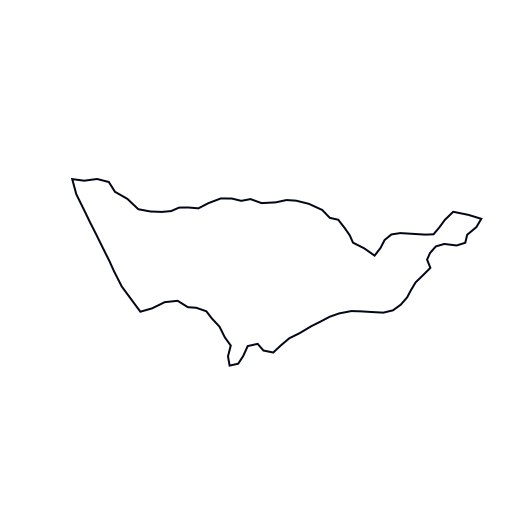 outline of Capivari de Baixo, Santa Catarina, Brazil, rotated 290°
{"feature_id": "56859067B80668799138797", "entity_name": "Capivari de Baixo", "entity_type": "district", "adm_level": 2, "iso_a3": "BRA", "parent_name": "Brazil", "parent_adm1": "Santa Catarina", "projection": "albers", "projection_center": [-48.938, -28.454], "detail": "fine", "context": "isolated", "style": "outline", "palette": "ink", "viewbox_px": 512, "rotation_deg": 290, "n_neighbors": 0, "source": "geoboundaries", "source_scale": "gbopen_adm2", "svg_char_len": 1322}
<svg xmlns="http://www.w3.org/2000/svg" viewBox="0 0 512 512"><g transform="rotate(290 256 256)"><path d="M323.1,287.8L321.7,274.7L319.0,265.5L313.1,256.1L307.6,243.1L307.6,231.4L302.8,223.3L301.7,213.5L298.0,203.2L289.4,193.2L281.1,185.6L278.4,175.7L275.2,167.2L269.2,160.9L265.2,152.4L261.7,141.5L259.7,129.4L265.7,115.6L268.1,101.5L275.2,92.4L274.0,80.3L268.0,68.8L265.4,57.0L252.6,66.0L239.2,80.0L231.3,88.1L222.5,97.5L207.6,113.1L200.8,120.3L193.4,127.5L181.4,140.3L164.1,166.4L171.2,176.2L181.4,186.0L187.1,197.7L184.6,209.5L186.9,217.5L187.1,228.2L182.2,235.9L177.1,245.9L168.9,254.5L163.2,262.9L152.1,264.0L144.0,268.7L148.7,276.1L157.7,278.2L168.5,279.0L174.0,287.6L169.7,295.3L171.2,305.2L180.8,310.1L190.2,315.5L198.2,323.2L209.1,332.1L216.7,339.3L224.2,346.1L230.5,353.8L236.9,364.5L239.9,373.6L242.4,382.1L246.3,395.0L251.8,403.3L259.8,408.7L268.9,412.2L276.4,413.2L285.8,415.0L294.9,419.4L304.5,423.9L311.1,418.0L318.3,418.5L326.5,421.7L331.7,428.8L334.5,440.9L340.0,448.1L348.2,447.2L358.5,453.2L368.0,455.0L367.3,441.5L365.0,426.2L354.5,421.1L345.6,418.5L337.1,415.4L334.0,407.8L330.8,397.0L326.9,383.8L322.6,375.9L315.1,371.4L306.3,370.3L296.9,367.3L300.2,355.1L301.7,342.6L307.5,337.0L312.6,329.8L318.2,320.9L317.1,312.3L321.9,302.5L323.1,287.8Z" fill="none" stroke="#020617" stroke-width="2"/></g></svg>